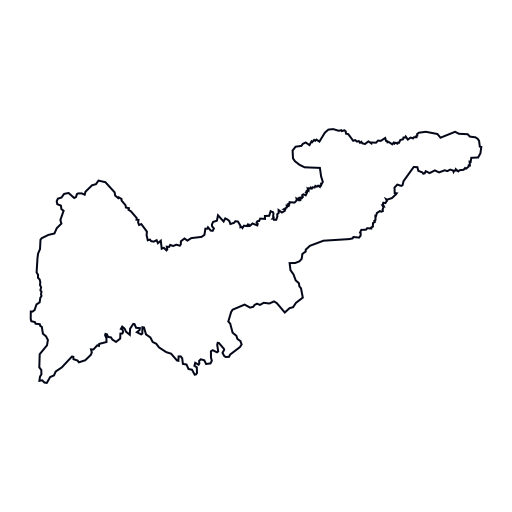 the district of Pang Sila Thong, Kamphaeng Phet, Thailand
{"feature_id": "78962969B12930513121480", "entity_name": "Pang Sila Thong", "entity_type": "district", "adm_level": 2, "iso_a3": "THA", "parent_name": "Thailand", "parent_adm1": "Kamphaeng Phet", "projection": "natural_earth1", "projection_center": [99.409, 16.024], "detail": "fine", "context": "isolated", "style": "outline", "palette": "ink", "viewbox_px": 512, "rotation_deg": 0, "n_neighbors": 0, "source": "geoboundaries", "source_scale": "gbopen_adm2", "svg_char_len": 6020}
<svg xmlns="http://www.w3.org/2000/svg" viewBox="0 0 512 512"><path d="M470.6,162.0L471.3,157.8L478.1,157.5L480.4,153.3L481.3,147.0L479.8,146.6L479.1,141.0L477.8,138.9L475.4,137.3L469.9,136.6L467.6,134.2L459.0,133.8L455.1,131.8L440.5,137.7L437.4,134.0L425.9,131.8L418.9,132.7L417.1,134.1L417.3,135.7L415.9,136.4L416.3,137.2L413.6,137.4L413.0,138.4L410.6,137.6L407.8,139.6L405.7,136.5L405.1,137.5L403.5,137.5L403.0,139.3L400.3,140.0L399.0,142.8L397.5,142.7L397.3,143.6L395.0,142.7L394.3,143.6L393.6,142.7L392.3,144.3L388.7,142.0L387.5,142.3L387.3,141.2L386.0,140.9L385.2,138.0L380.7,140.9L378.1,140.6L376.0,142.7L371.2,142.5L371.2,143.3L368.4,141.4L365.0,144.0L362.3,143.3L361.3,141.8L360.0,142.8L358.7,141.0L357.0,141.6L355.1,140.1L353.2,140.8L348.3,134.2L346.0,133.6L345.7,131.4L344.4,130.3L341.9,131.1L341.3,130.2L338.8,130.8L333.2,129.1L328.4,129.6L324.9,132.6L319.4,141.6L316.4,139.6L315.2,140.8L314.1,139.9L312.2,142.1L311.5,141.4L309.5,145.1L305.7,142.5L302.8,143.9L301.4,145.9L295.6,146.7L292.6,150.5L293.0,158.4L294.9,161.2L299.5,164.8L304.6,167.3L319.9,167.9L321.1,176.4L322.8,181.8L321.9,183.7L321.1,183.7L321.1,185.6L320.2,185.6L319.9,186.9L318.1,185.7L316.9,186.7L315.4,185.9L314.6,187.5L312.5,187.3L311.8,188.5L310.7,187.7L310.5,188.5L308.8,188.3L308.7,189.3L307.8,188.7L308.2,190.5L307.5,190.1L306.5,191.2L307.0,191.8L306.2,192.4L306.9,192.8L305.7,195.3L303.4,194.3L302.2,195.2L302.8,196.9L301.9,197.2L301.8,198.3L300.9,198.7L300.4,197.6L299.6,197.7L300.2,200.2L299.0,200.3L297.8,197.7L298.0,199.5L296.5,198.6L296.8,200.3L294.5,202.6L289.6,202.2L289.5,203.4L288.2,204.0L289.1,205.1L288.6,206.1L286.7,205.5L286.9,207.4L284.1,209.1L285.3,209.3L284.7,210.9L281.9,212.5L278.6,210.1L278.7,212.9L277.2,214.3L277.4,216.4L276.2,219.8L273.9,219.8L273.6,218.6L272.6,218.6L273.7,217.2L273.1,216.2L273.5,213.7L273.0,212.2L270.6,211.2L269.2,215.8L264.9,216.0L265.0,218.9L260.2,218.6L259.1,221.0L257.4,221.2L256.6,222.5L257.7,223.9L257.3,225.4L252.5,223.5L249.9,225.9L248.8,226.0L248.8,224.6L247.8,224.4L247.0,226.1L244.0,225.7L242.5,227.9L242.1,227.1L240.4,227.3L240.5,225.9L238.0,221.6L235.4,221.2L234.1,222.8L230.4,224.0L229.3,221.0L227.5,219.5L225.2,218.4L223.6,221.5L218.0,215.3L216.9,220.7L213.1,221.9L211.9,224.5L212.1,226.3L213.9,228.5L212.7,230.8L210.7,230.6L208.0,227.3L207.4,228.7L205.4,228.7L204.4,234.9L201.5,236.9L191.3,238.1L187.4,240.6L184.5,238.5L180.9,241.3L180.8,244.4L179.8,245.7L176.4,244.7L173.1,246.0L170.2,244.9L169.2,246.9L166.8,246.7L167.3,249.4L166.5,250.4L163.8,247.8L161.7,248.7L160.8,240.7L157.9,243.2L156.6,240.2L153.8,241.6L151.2,241.2L149.9,239.6L147.8,240.3L146.6,235.3L146.9,231.6L141.3,224.1L139.1,225.0L138.1,222.4L138.5,219.9L136.5,219.7L136.7,218.0L130.9,211.3L128.5,209.8L128.9,208.2L125.9,207.5L125.5,205.2L121.6,200.6L121.5,199.0L118.7,197.3L118.2,198.1L115.2,195.6L114.6,192.3L105.4,182.2L98.5,180.6L95.9,184.2L92.0,185.3L85.5,191.7L84.7,194.7L81.7,193.4L78.2,193.4L76.9,194.1L76.0,197.0L74.2,198.0L68.6,193.0L64.1,193.9L61.5,197.5L57.8,198.7L56.7,201.3L57.3,204.2L60.9,205.6L61.4,209.1L63.6,210.8L60.4,220.0L61.4,223.6L56.8,228.1L54.4,233.5L48.4,234.9L41.7,238.2L40.5,239.7L40.0,249.1L38.1,253.5L37.5,257.8L36.6,272.4L38.0,274.7L38.0,277.8L39.6,279.4L40.3,282.2L40.0,285.0L41.1,287.3L40.4,290.3L41.5,291.7L41.0,294.2L41.5,295.9L40.3,297.9L39.6,302.4L36.5,304.4L34.6,310.0L32.5,311.6L30.8,311.5L30.7,318.8L31.3,321.2L34.9,322.1L35.5,323.7L39.8,324.2L40.3,326.0L41.8,326.8L42.9,333.7L46.0,336.3L47.9,340.0L47.0,345.3L39.7,354.2L39.3,367.4L41.3,370.0L41.4,374.4L40.0,376.6L39.4,380.8L42.2,380.3L44.5,382.6L46.8,382.9L50.2,377.0L54.0,375.4L55.7,371.5L61.8,367.4L72.0,356.5L73.3,356.8L73.5,359.2L77.5,360.5L78.9,362.3L85.2,360.3L90.8,354.9L91.8,352.4L91.0,349.4L93.4,349.5L97.3,345.3L98.9,345.9L99.2,343.9L106.5,342.0L106.4,338.0L105.1,335.3L105.5,333.9L106.9,334.3L108.1,336.9L111.0,337.4L112.4,339.6L116.0,341.9L120.2,338.6L120.4,333.6L122.4,333.5L123.1,331.8L122.4,329.4L120.9,328.9L122.2,326.6L124.6,328.6L126.0,331.7L129.8,334.8L130.1,328.7L133.3,323.9L134.5,324.1L136.1,327.8L139.9,328.1L139.6,330.0L136.9,332.2L141.2,334.4L142.3,333.6L142.4,327.2L144.0,327.5L146.0,334.4L150.4,337.5L152.7,342.0L156.2,343.7L159.0,347.4L166.2,352.1L171.1,353.7L177.0,360.5L178.4,360.8L178.6,356.4L180.7,356.4L182.2,358.3L182.9,363.9L186.5,364.5L188.5,369.0L192.0,369.7L194.7,374.7L196.0,374.4L197.0,373.0L196.8,367.3L194.4,365.8L195.2,362.8L198.6,364.7L199.3,363.6L199.1,360.9L200.8,359.3L204.3,360.3L206.1,364.0L210.5,363.4L211.8,360.7L211.0,357.7L210.9,351.3L212.7,350.2L217.0,352.3L218.2,351.4L217.2,344.8L217.7,342.8L218.9,343.0L223.9,348.8L224.2,349.7L222.5,352.9L224.3,356.1L225.8,357.0L229.0,356.8L230.2,354.5L239.9,347.1L241.6,344.5L240.5,341.2L237.4,338.9L236.4,335.8L232.6,332.7L230.2,323.6L228.3,321.5L231.1,312.1L232.6,309.7L244.6,304.6L250.1,307.6L253.3,306.8L254.5,305.0L257.0,303.7L260.0,304.9L263.7,302.8L269.4,303.5L274.0,301.4L276.8,303.1L284.8,312.5L289.6,308.1L293.1,307.2L295.9,302.9L302.8,297.6L301.0,288.3L299.4,286.4L298.9,283.2L295.7,280.4L293.5,274.4L290.5,270.2L289.6,263.1L295.2,263.0L299.5,261.3L301.7,258.8L302.4,253.9L305.7,251.5L305.7,249.7L309.9,245.8L323.5,240.7L349.2,239.1L352.6,238.4L353.4,237.0L359.1,237.6L360.6,235.6L360.7,233.1L360.0,232.6L361.3,229.9L366.0,229.7L367.2,228.2L371.3,228.5L371.3,227.4L372.9,226.6L373.0,223.1L374.9,221.9L374.3,220.9L375.5,219.9L375.4,215.9L376.0,216.1L376.9,213.0L379.8,211.1L381.3,211.7L382.9,211.0L382.6,209.4L383.5,207.2L382.7,205.9L383.8,206.2L382.8,204.1L383.3,202.7L385.4,203.1L386.9,200.8L386.1,199.2L387.0,199.7L391.9,198.1L396.1,194.2L396.7,193.3L394.7,193.1L394.5,187.6L397.3,184.6L401.3,185.9L402.6,185.1L403.5,181.2L413.7,167.0L417.4,167.2L418.3,170.8L422.5,172.5L423.3,173.7L424.7,173.3L425.7,171.2L429.6,173.1L434.8,170.4L439.1,172.4L444.6,170.3L447.4,171.1L450.2,169.6L453.2,170.6L453.6,171.9L454.4,170.5L455.7,170.6L455.9,169.3L458.2,171.4L459.7,170.2L463.6,169.8L465.1,168.0L466.0,168.7L468.5,166.7L468.7,165.4L469.9,165.5L469.6,161.7L470.6,162.0Z" fill="none" stroke="#020617" stroke-width="2"/></svg>